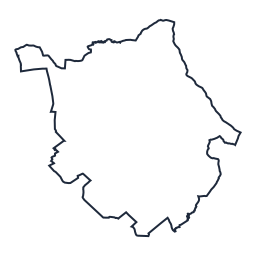 Odobesti, Bacau, Romania
{"feature_id": "2599482B55659261713862", "entity_name": "Odobesti", "entity_type": "district", "adm_level": 2, "iso_a3": "ROU", "parent_name": "Romania", "parent_adm1": "Bacau", "projection": "robinson", "projection_center": [27.145, 46.672], "detail": "fine", "context": "isolated", "style": "outline", "palette": "slate", "viewbox_px": 256, "rotation_deg": 0, "n_neighbors": 0, "source": "geoboundaries", "source_scale": "gbopen_adm2", "svg_char_len": 5674}
<svg xmlns="http://www.w3.org/2000/svg" viewBox="0 0 256 256"><path d="M174.2,22.2L168.7,20.5L166.4,20.0L165.3,20.1L163.4,20.7L162.9,20.7L160.7,19.9L160.5,20.1L158.7,20.4L157.7,21.1L156.3,22.3L154.4,23.2L151.4,25.3L149.6,26.3L148.2,27.7L146.8,28.6L145.2,28.8L143.8,29.4L142.6,30.3L142.1,30.8L141.5,31.9L141.0,32.5L140.7,33.7L138.5,35.4L138.1,36.6L135.7,40.5L132.2,40.1L130.4,39.8L126.2,40.0L125.6,40.1L125.0,40.4L122.8,40.9L121.0,41.7L120.3,41.8L120.1,42.6L119.9,42.5L119.7,41.9L117.0,42.5L115.9,42.1L115.2,41.6L114.2,41.2L113.9,41.4L113.9,42.3L113.6,42.4L111.7,41.8L111.5,41.5L111.5,40.1L110.5,39.9L109.7,39.2L108.4,39.2L107.2,39.5L106.6,40.6L104.7,41.2L104.6,41.3L105.1,41.9L105.0,42.1L104.4,42.1L104.0,42.3L103.1,42.0L103.1,42.6L102.9,42.6L102.7,42.5L102.5,41.7L102.0,41.6L101.8,41.8L101.7,42.4L101.3,42.4L101.2,41.4L101.1,41.1L99.9,41.5L100.0,42.0L99.8,42.3L99.2,42.4L98.8,42.2L98.5,41.3L97.4,41.7L97.0,42.3L95.9,42.7L95.7,42.0L95.5,41.9L94.4,42.2L93.5,42.3L93.7,42.9L93.6,43.5L93.3,43.5L92.6,42.9L92.5,43.3L93.3,44.3L93.1,44.7L92.6,44.6L91.1,45.3L88.2,46.2L87.7,46.6L87.8,47.2L88.9,49.0L89.3,49.3L90.9,49.5L91.0,51.1L90.8,52.4L88.8,52.9L88.0,53.3L84.5,55.7L82.5,59.9L82.1,60.3L81.5,60.6L80.0,60.9L78.0,61.1L75.8,60.9L75.3,61.1L74.7,61.1L70.5,59.9L68.8,59.8L65.5,59.9L64.9,68.4L61.5,68.3L57.5,66.5L56.4,66.1L55.9,65.5L55.4,64.1L53.5,62.1L52.9,60.9L51.2,59.1L48.5,55.7L47.5,55.4L45.7,55.5L43.9,55.7L43.1,55.5L42.1,51.8L39.7,47.3L38.2,47.2L37.3,47.0L35.9,46.6L33.8,45.6L33.2,45.5L31.2,45.6L28.9,45.5L27.0,44.8L26.6,44.8L24.3,46.2L23.4,46.9L21.0,47.3L20.4,47.6L18.2,48.9L16.6,49.2L15.9,49.4L15.4,49.8L15.5,50.4L15.5,50.8L15.9,51.5L16.6,52.8L16.6,53.4L17.5,55.8L18.4,55.7L18.4,56.2L18.0,56.9L18.5,57.6L19.4,60.3L20.5,62.8L20.8,63.6L20.8,64.6L21.0,64.9L21.0,65.4L20.8,65.8L21.0,71.4L33.9,69.4L42.2,68.7L46.5,68.6L46.9,70.9L48.5,76.9L49.2,79.9L49.8,83.3L50.1,85.1L50.3,85.5L52.4,96.2L53.2,102.6L53.3,103.8L53.1,104.7L50.9,111.8L51.9,111.7L55.5,112.0L54.7,120.1L54.9,129.1L55.3,129.5L56.1,131.2L55.8,131.9L59.4,135.6L64.3,140.8L63.8,140.8L63.4,141.1L53.8,148.1L54.0,148.2L54.1,148.8L54.7,149.8L55.5,149.2L56.2,150.4L56.9,150.7L58.0,151.8L55.0,153.5L54.9,154.1L55.1,155.4L54.9,155.8L52.5,156.7L51.7,157.3L51.5,157.6L52.4,159.2L52.3,159.5L51.8,159.9L51.2,160.9L51.6,161.0L53.0,162.8L53.5,162.7L54.0,163.3L49.5,165.5L49.3,165.6L49.5,165.8L49.5,166.0L54.1,171.1L54.9,171.5L55.8,172.1L60.4,176.8L62.3,180.5L63.1,181.6L64.8,182.6L68.6,183.1L70.4,183.0L78.1,177.9L77.7,175.8L79.0,175.4L82.5,173.7L82.9,173.7L83.9,174.5L90.5,180.5L89.8,181.0L88.1,182.7L84.7,185.5L84.3,186.2L83.3,187.3L83.3,188.7L83.2,189.2L83.4,190.1L83.5,192.6L83.1,195.9L82.6,197.1L82.8,197.7L83.6,198.9L84.3,199.9L101.8,216.2L102.9,217.3L103.5,217.6L108.8,217.7L109.1,217.1L109.4,216.9L110.7,216.9L114.6,217.4L115.5,218.0L116.8,217.9L118.4,218.6L119.0,217.9L126.1,212.3L128.7,215.0L136.4,222.1L131.6,226.6L133.1,227.1L134.4,228.9L134.7,229.8L135.1,231.9L135.9,234.3L136.5,235.2L137.0,235.5L138.1,235.7L148.4,236.1L149.0,234.4L148.5,233.4L160.7,223.3L167.6,217.8L168.9,219.9L169.4,221.5L170.8,223.8L171.3,225.2L171.7,227.5L172.2,228.8L172.9,230.1L174.7,231.6L175.5,231.3L175.3,230.7L174.7,229.8L174.7,229.5L174.8,229.2L175.3,229.0L175.3,228.7L176.3,228.2L176.2,227.9L178.0,227.2L178.7,226.9L179.1,227.2L179.5,227.1L179.3,226.5L179.5,226.2L179.6,225.1L181.0,224.7L187.7,220.4L187.9,220.1L188.0,219.4L187.5,219.1L187.6,218.8L188.1,218.4L188.9,218.0L189.0,217.7L188.7,217.6L188.8,216.5L187.9,217.0L187.4,217.0L187.1,216.8L187.0,216.2L187.6,215.5L187.9,214.7L188.0,214.4L187.8,213.7L188.0,213.6L188.3,213.8L188.7,214.3L189.5,214.2L189.8,213.9L190.0,213.8L190.3,213.8L191.2,213.4L191.8,212.7L193.5,212.2L193.4,211.8L194.0,211.2L194.2,210.6L194.8,210.5L194.9,209.3L195.5,207.7L195.8,207.7L196.4,206.5L195.9,205.7L196.1,204.8L198.1,202.1L198.8,200.8L199.0,200.0L199.1,198.9L198.3,196.3L199.5,196.5L204.5,195.9L205.3,196.1L206.7,196.0L209.9,191.6L211.3,189.5L213.7,187.0L216.0,183.8L216.6,182.9L216.9,181.9L217.6,180.8L218.8,178.4L218.6,178.2L218.7,177.5L219.1,176.9L220.1,175.6L220.7,174.2L220.5,172.9L220.2,171.9L219.7,171.0L219.6,169.7L219.1,167.2L218.3,164.2L218.5,161.9L218.7,161.3L218.7,160.4L218.4,159.6L218.0,159.1L215.4,158.6L213.6,158.1L212.8,158.3L211.9,158.1L210.7,157.6L208.6,155.8L207.3,154.2L207.1,153.2L207.2,151.4L207.7,149.9L208.0,149.2L208.7,148.6L208.7,148.2L207.9,146.3L208.3,145.1L208.9,144.0L209.8,141.9L209.4,140.2L210.7,139.6L211.5,139.7L214.3,138.9L217.2,137.7L219.7,136.1L220.1,136.4L221.0,137.4L221.4,138.2L221.8,138.4L222.5,139.1L223.0,139.4L223.4,140.1L223.5,141.0L225.0,142.8L225.5,142.7L226.0,142.5L226.4,142.8L228.2,143.5L228.8,143.3L229.4,143.4L231.2,143.9L232.5,143.8L233.1,144.2L233.8,144.2L234.4,144.5L234.8,144.5L235.2,144.9L238.0,138.2L238.5,136.1L240.6,132.5L236.6,130.7L234.2,129.2L233.1,127.6L231.1,125.8L225.9,122.3L223.9,121.2L223.4,120.8L222.4,119.8L222.2,119.5L222.0,118.9L221.7,118.4L220.9,117.5L220.4,115.8L218.9,114.0L216.0,111.1L215.4,110.1L215.1,109.2L213.5,107.1L212.3,106.0L212.0,105.4L211.5,103.5L211.2,101.3L210.2,99.1L206.8,96.5L206.5,95.9L206.0,93.5L205.4,92.4L203.6,90.1L202.4,88.1L201.7,87.6L198.7,86.2L196.5,84.7L195.6,83.6L195.4,83.2L195.2,82.2L194.6,81.1L193.4,79.9L192.1,78.5L191.1,77.8L187.7,76.1L186.7,75.3L186.4,74.6L186.3,74.1L187.3,72.0L187.5,70.1L186.4,68.4L186.1,66.3L186.1,65.7L185.4,64.7L185.0,63.6L184.2,62.0L182.4,59.9L182.0,58.9L181.8,57.0L180.8,54.5L179.9,52.8L179.4,49.6L178.0,47.8L176.0,45.9L175.3,45.1L174.5,43.8L173.3,41.3L173.4,40.6L173.7,39.7L173.8,38.8L173.4,36.8L173.5,36.0L173.6,35.1L174.1,34.4L173.7,32.5L173.0,30.8L172.7,29.1L172.7,28.4L173.3,27.2L174.0,25.0L174.2,24.1L174.2,22.2Z" fill="none" stroke="#1e293b" stroke-width="2"/></svg>